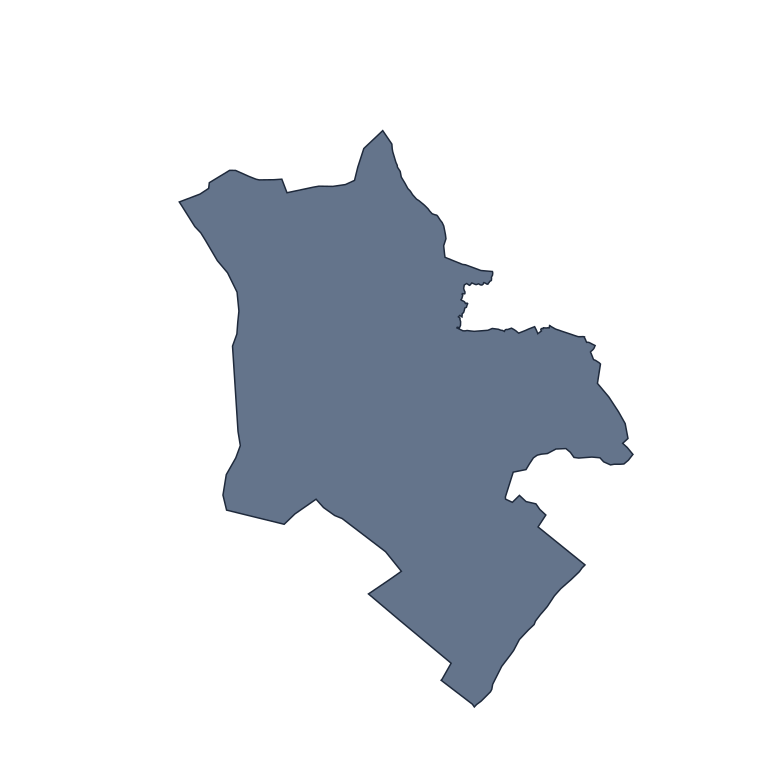 outline of Wamakko, Sokoto, Nigeria, rotated 308°
{"feature_id": "59680162B10831398447622", "entity_name": "Wamakko", "entity_type": "district", "adm_level": 2, "iso_a3": "NGA", "parent_name": "Nigeria", "parent_adm1": "Sokoto", "projection": "equal_earth", "projection_center": [5.187, 13.089], "detail": "fine", "context": "isolated", "style": "filled", "palette": "slate", "viewbox_px": 768, "rotation_deg": 308, "n_neighbors": 0, "source": "geoboundaries", "source_scale": "gbopen_adm2", "svg_char_len": 4035}
<svg xmlns="http://www.w3.org/2000/svg" viewBox="0 0 768 768"><g transform="rotate(308 384 384)"><path d="M185.1,654.0L188.4,654.3L193.9,655.8L207.0,657.4L209.8,656.9L214.3,654.5L233.9,650.6L249.0,650.4L253.9,650.2L266.0,648.0L279.0,649.2L286.9,650.4L290.5,649.3L298.6,649.2L304.0,649.5L309.1,649.7L321.9,648.7L331.5,649.3L345.3,651.9L356.4,653.5L360.9,653.3L365.2,653.8L366.2,593.4L380.4,592.2L381.1,583.9L383.1,577.5L378.8,568.3L379.6,559.3L369.8,558.0L368.1,550.7L369.7,549.2L394.1,540.1L404.0,548.6L410.3,547.8L417.8,547.2L422.3,548.6L425.7,551.3L429.8,555.6L438.6,559.5L445.1,567.1L444.9,572.9L443.1,578.9L445.5,583.0L454.4,592.8L458.8,599.6L457.9,605.0L459.7,612.3L462.6,614.9L466.0,619.3L468.7,622.3L474.4,623.5L481.8,623.5L481.8,623.4L483.7,614.9L484.2,608.6L491.3,609.8L501.3,598.4L506.5,585.9L512.2,569.2L515.9,551.8L533.0,542.3L533.1,541.6L533.2,540.7L533.2,539.9L533.1,539.1L533.0,538.5L533.0,537.7L532.9,537.0L532.9,536.6L532.8,535.9L532.6,535.4L532.4,534.7L532.3,534.1L532.9,532.9L534.0,531.2L534.7,529.9L535.4,528.8L536.3,527.0L537.0,527.0L538.0,527.2L538.9,527.4L540.1,527.5L540.8,527.5L541.3,527.5L542.2,527.3L543.2,527.0L544.3,526.7L543.6,523.3L543.4,522.1L543.0,520.1L542.4,518.9L541.6,518.1L542.1,517.0L543.0,515.5L543.6,514.3L543.8,513.6L544.6,513.0L544.1,512.0L543.7,511.4L542.4,509.9L541.0,508.1L540.7,507.5L539.0,502.8L539.0,502.7L538.3,500.7L535.1,491.7L533.9,488.1L533.6,487.4L532.9,485.3L532.5,482.5L532.1,479.9L532.2,479.2L532.0,478.5L531.3,478.9L529.9,479.6L529.4,478.9L528.9,478.2L528.1,477.5L527.7,476.9L527.1,476.1L526.8,475.5L526.4,474.9L525.6,475.3L525.4,475.2L525.0,474.5L524.6,473.9L524.1,473.9L523.5,474.0L523.0,474.7L522.8,475.2L522.7,475.4L522.1,475.2L521.2,475.0L519.7,474.6L518.6,474.2L518.4,474.2L518.5,474.0L520.4,470.6L521.9,467.4L516.7,464.3L515.4,463.6L513.3,462.5L507.0,458.8L507.0,457.0L507.1,455.1L506.9,452.6L506.5,450.1L504.5,448.8L503.7,448.3L502.9,447.7L502.3,446.8L501.6,446.3L500.5,446.2L499.6,446.5L499.1,444.2L498.3,443.0L497.6,440.5L494.4,435.1L490.3,432.8L481.0,422.6L479.0,419.4L477.3,416.5L475.8,415.2L474.5,413.4L473.1,406.9L473.8,406.8L474.9,408.8L477.3,408.2L480.3,406.0L481.8,403.9L482.7,403.4L482.7,401.3L484.7,401.5L484.9,404.1L486.0,403.4L487.4,402.4L489.4,402.7L491.8,401.8L493.5,400.9L495.2,401.7L497.5,400.8L498.8,400.5L498.9,399.8L498.2,399.0L497.6,398.6L498.3,397.0L498.2,395.5L497.6,393.4L497.9,392.7L498.9,392.8L499.5,392.6L502.1,391.6L502.5,391.3L502.8,390.3L503.5,390.1L504.5,391.8L504.9,392.1L505.4,391.9L506.5,391.0L507.2,389.5L508.4,387.9L511.5,386.3L514.1,387.3L514.3,390.5L515.0,390.9L517.7,391.0L518.8,395.0L519.2,395.6L521.2,396.8L521.4,398.8L522.0,399.9L522.6,400.4L523.5,400.6L524.3,400.6L524.6,400.4L524.9,400.2L525.5,400.3L525.9,402.1L526.0,403.4L526.6,404.4L527.8,404.2L528.4,404.3L528.7,404.4L529.5,404.2L530.1,404.2L530.7,404.5L531.5,404.8L532.1,404.7L532.5,404.3L533.1,404.0L534.3,402.9L536.6,402.5L538.5,401.3L539.4,400.2L533.1,390.5L528.1,374.8L526.6,372.3L521.4,354.1L523.4,352.0L529.7,345.9L536.6,343.4L539.6,340.4L545.3,333.8L547.0,330.5L547.9,327.0L549.3,323.0L549.5,321.6L548.7,319.9L547.8,317.1L548.4,313.6L549.2,310.8L549.8,305.8L550.0,298.7L549.7,295.8L550.8,289.9L551.9,286.9L552.3,285.5L552.7,282.5L555.1,277.0L557.7,270.2L561.5,265.9L563.2,261.0L564.5,259.8L566.0,256.9L572.4,247.9L574.4,245.7L577.9,242.5L582.9,227.0L557.2,223.1L538.8,229.8L526.3,235.4L517.4,230.8L508.2,222.0L499.8,210.9L495.7,207.2L475.0,189.8L482.5,177.4L477.3,171.6L468.0,160.0L466.6,157.1L464.4,149.6L460.9,135.5L457.3,130.8L435.1,122.4L430.2,125.4L420.4,122.1L401.4,110.6L400.2,114.1L391.6,138.0L390.3,146.6L387.2,155.0L378.6,176.7L375.3,192.3L365.9,211.7L362.6,214.8L362.3,215.1L352.1,224.8L342.7,230.7L332.8,237.3L320.6,241.3L256.7,298.2L247.0,308.7L234.5,312.7L215.5,315.5L197.3,325.5L187.7,337.6L212.0,391.7L226.8,393.8L251.4,401.4L249.4,412.4L250.0,426.1L252.2,433.8L252.8,488.5L247.1,513.0L233.9,509.0L209.0,501.0L207.5,540.0L205.3,608.8L187.2,611.5L185.7,611.4L186.1,650.8L185.1,654.0Z" fill="#64748b" stroke="#1e293b" stroke-width="1.5"/></g></svg>